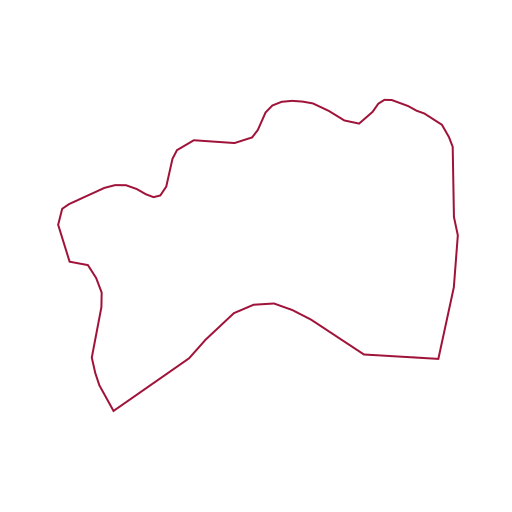 map outline of Hưng Yên (orthographic projection), rotated 99°
{"feature_id": "VNM-461", "entity_name": "Hưng Yên", "entity_type": "Province", "adm_level": 1, "iso_a3": "VNM", "parent_name": "Vietnam", "parent_adm1": "", "projection": "orthographic", "projection_center": [106.031, 20.808], "detail": "fine", "context": "isolated", "style": "outline", "palette": "rose", "viewbox_px": 512, "rotation_deg": 99, "n_neighbors": 0, "source": "natural_earth", "source_scale": "10m", "svg_char_len": 854}
<svg xmlns="http://www.w3.org/2000/svg" viewBox="0 0 512 512"><g transform="rotate(99 256 256)"><path d="M431.3,372.5L408.2,390.5L396.6,396.5L382.0,402.3L330.7,400.7L316.3,402.7L302.8,410.4L291.3,420.6L290.8,439.2L256.1,456.3L239.7,454.8L234.0,448.8L212.5,416.5L208.1,406.4L206.4,395.6L208.5,384.3L212.2,374.6L213.9,366.4L211.2,360.0L201.5,355.5L188.9,354.7L173.1,353.7L163.8,350.6L151.4,335.5L147.8,294.9L139.5,278.4L131.2,273.9L112.7,269.0L104.8,263.4L99.7,254.8L97.1,244.6L96.2,233.9L96.4,223.7L101.3,206.8L108.3,190.0L109.1,174.9L95.4,163.4L86.4,159.0L81.7,153.6L80.7,146.3L84.1,129.2L87.4,120.1L88.9,112.1L97.3,92.9L108.4,84.0L117.4,78.8L186.5,66.6L204.0,59.9L256.0,55.7L329.1,59.8L336.4,134.0L310.2,191.8L303.7,211.7L300.1,230.8L304.5,250.7L315.9,268.9L346.4,292.6L367.5,306.1L431.3,372.5Z" fill="none" stroke="#9f1239" stroke-width="2"/></g></svg>